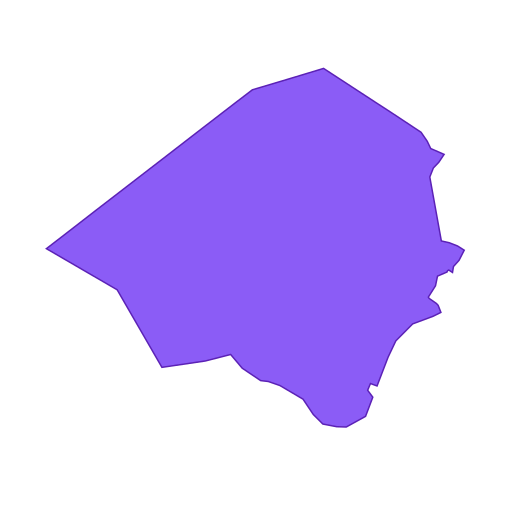 the district of Kukawa, Borno, Nigeria, rotated 264°
{"feature_id": "59680162B26946733152657", "entity_name": "Kukawa", "entity_type": "district", "adm_level": 2, "iso_a3": "NGA", "parent_name": "Nigeria", "parent_adm1": "Borno", "projection": "natural_earth1", "projection_center": [13.658, 13.111], "detail": "fine", "context": "isolated", "style": "filled", "palette": "violet", "viewbox_px": 512, "rotation_deg": 264, "n_neighbors": 0, "source": "geoboundaries", "source_scale": "gbopen_adm2", "svg_char_len": 908}
<svg xmlns="http://www.w3.org/2000/svg" viewBox="0 0 512 512"><g transform="rotate(264 256 256)"><path d="M435.5,342.8L432.2,325.6L429.6,312.0L423.6,280.1L421.7,269.8L410.1,250.8L389.8,217.8L381.9,205.0L362.5,173.6L318.3,101.8L299.2,71.0L285.2,48.3L236.9,114.4L155.1,150.8L156.9,194.7L160.7,220.5L145.8,230.6L131.6,247.6L129.9,255.1L124.7,266.2L108.7,287.8L92.4,296.4L81.9,304.9L77.8,318.4L76.5,327.9L85.1,348.2L103.4,357.4L110.8,353.0L117.2,356.5L114.1,362.8L141.6,376.8L157.0,386.2L172.1,404.7L177.6,426.0L180.6,434.0L187.9,432.0L189.9,430.5L195.7,423.8L197.1,423.1L207.6,431.4L217.0,434.4L220.1,444.3L220.8,444.6L221.5,445.2L221.9,446.2L219.1,449.7L224.9,451.3L230.5,457.5L240.0,463.7L244.9,457.5L249.0,449.6L251.6,441.9L316.4,437.1L325.0,441.6L330.1,447.6L337.4,453.7L344.6,441.0L352.2,438.3L361.8,433.1L384.2,405.9L396.6,390.6L435.5,342.8Z" fill="#8b5cf6" stroke="#5b21b6" stroke-width="1.5"/></g></svg>